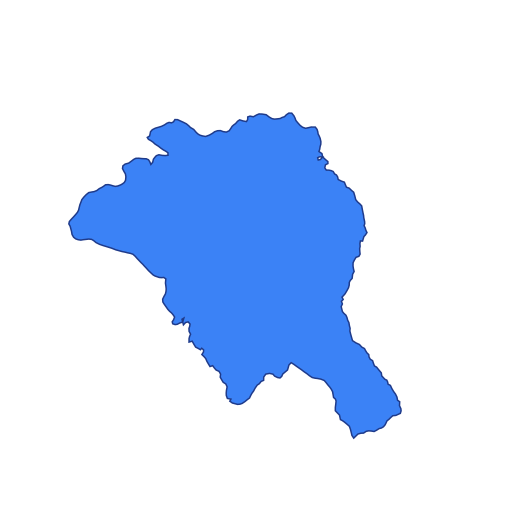 Jequitaí, Minas Gerais, Brazil, rotated 109°
{"feature_id": "56859067B67502513716285", "entity_name": "Jequitaí", "entity_type": "district", "adm_level": 2, "iso_a3": "BRA", "parent_name": "Brazil", "parent_adm1": "Minas Gerais", "projection": "mercator", "projection_center": [-44.461, -17.201], "detail": "fine", "context": "isolated", "style": "filled", "palette": "blue", "viewbox_px": 512, "rotation_deg": 109, "n_neighbors": 0, "source": "geoboundaries", "source_scale": "gbopen_adm2", "svg_char_len": 5692}
<svg xmlns="http://www.w3.org/2000/svg" viewBox="0 0 512 512"><g transform="rotate(109 256 256)"><path d="M357.8,68.3L355.2,68.4L353.2,69.3L350.8,71.6L347.0,72.7L346.3,75.2L343.5,76.8L341.2,79.1L339.3,81.8L337.1,84.4L334.6,86.8L334.2,89.4L332.3,90.5L330.8,91.9L330.6,94.0L329.6,95.9L328.4,98.1L325.7,99.5L323.4,103.3L321.8,105.8L321.4,108.2L319.4,109.9L317.0,111.7L316.4,114.4L314.6,116.3L312.5,117.3L311.5,119.5L309.9,121.5L308.2,123.3L307.7,126.3L306.0,129.4L305.6,133.3L304.6,137.2L301.9,139.1L299.3,140.9L296.4,142.8L293.7,143.5L291.8,144.8L288.7,146.5L286.9,148.4L284.5,150.0L282.7,151.7L281.6,154.3L280.4,156.2L278.4,157.5L276.1,159.0L273.2,158.7L271.0,160.5L268.7,159.4L266.9,161.3L265.0,160.4L262.8,159.5L260.4,159.0L258.4,158.6L255.8,158.2L253.2,158.4L250.5,159.2L248.4,158.9L245.9,157.8L241.8,158.7L238.7,158.2L236.5,159.6L233.9,161.0L230.8,162.0L228.0,161.7L224.7,161.0L222.8,158.6L220.3,158.2L218.2,159.2L215.3,160.4L213.0,160.7L210.4,161.8L207.8,162.2L207.2,160.1L205.1,160.2L202.5,160.3L200.5,159.4L197.7,158.7L195.9,160.5L193.9,161.9L192.1,163.7L190.1,163.7L188.1,164.5L184.8,166.5L182.6,167.5L180.5,168.8L177.4,170.6L174.2,172.4L173.0,174.6L171.8,177.6L170.2,180.1L167.1,182.1L163.9,184.4L162.9,187.0L161.5,190.0L161.5,192.9L159.5,194.7L157.4,196.5L157.4,199.6L156.9,203.2L154.6,204.6L153.2,206.3L152.8,208.4L151.0,210.5L150.8,212.8L151.1,215.1L151.9,217.5L150.2,219.7L147.1,220.0L145.2,218.1L143.3,218.8L142.2,221.7L140.6,225.2L137.7,227.0L136.7,230.5L134.6,230.5L131.7,231.0L129.3,231.1L126.7,231.9L123.8,233.7L122.0,235.3L120.4,237.0L118.3,238.1L116.4,239.5L114.8,241.9L116.1,245.8L117.8,248.5L119.1,250.7L119.1,253.9L118.1,256.9L116.3,260.1L114.8,262.5L113.0,263.9L111.1,265.8L109.3,268.7L110.2,271.5L112.6,273.3L115.0,274.4L116.6,276.5L118.1,277.9L119.4,280.5L120.6,283.2L120.9,285.7L120.3,288.8L119.1,292.4L119.8,296.4L120.7,299.4L122.5,301.4L125.2,303.8L125.7,307.2L127.2,309.1L129.6,308.3L132.0,308.8L132.5,312.1L132.6,315.8L134.6,317.3L137.4,318.4L139.4,319.8L141.2,320.8L143.4,321.3L146.3,322.1L148.5,324.4L149.1,327.6L149.0,330.4L150.1,333.2L152.0,335.6L154.3,337.2L156.9,339.5L159.4,342.6L159.9,345.8L160.0,348.6L159.4,351.0L158.4,353.1L156.6,356.1L155.8,359.9L154.8,361.9L153.7,364.8L153.2,368.4L152.9,371.7L152.6,374.5L153.4,377.1L156.0,377.7L157.6,379.2L158.0,381.7L159.5,383.5L161.8,385.2L164.2,387.6L166.0,390.1L167.9,392.8L170.4,395.2L172.9,396.2L174.9,395.9L177.2,395.7L179.3,397.4L180.7,395.7L181.2,392.9L181.9,390.4L182.9,388.3L183.5,386.0L184.0,383.9L185.1,380.8L185.9,377.9L186.2,375.9L187.0,372.9L189.4,372.0L190.6,374.5L191.4,377.4L191.9,380.8L193.6,382.9L195.7,383.8L197.9,384.5L201.0,384.2L203.7,385.2L201.4,387.2L200.0,389.0L199.8,391.4L200.5,393.7L201.1,395.9L201.7,398.6L202.8,401.5L204.6,403.2L206.6,404.5L209.6,406.6L211.7,409.7L214.1,411.2L216.8,410.7L219.2,408.2L220.9,406.2L223.5,404.8L226.9,404.0L229.4,404.5L231.2,405.7L232.8,407.1L234.8,409.5L236.0,411.7L236.2,413.9L236.3,416.6L236.6,419.0L237.7,421.5L239.8,422.9L241.4,424.2L243.3,426.1L245.9,427.8L247.8,430.0L249.1,432.4L250.5,434.8L253.2,436.5L256.2,437.9L259.3,439.0L262.3,439.1L264.9,439.2L267.2,439.0L270.4,438.7L272.7,439.0L274.9,439.8L278.1,441.1L281.4,442.6L284.1,443.7L286.6,443.4L288.4,441.4L290.5,440.0L292.7,438.5L295.6,436.9L297.6,434.6L298.5,432.1L298.5,429.5L298.0,426.8L296.8,424.6L295.8,422.5L294.4,419.6L293.8,416.8L294.3,414.5L295.4,411.6L295.9,407.8L295.9,403.9L295.8,401.1L295.7,398.1L295.6,395.1L295.7,392.9L295.8,390.4L295.6,387.5L295.4,384.0L295.0,381.2L294.8,378.5L294.4,375.7L294.4,372.9L295.6,370.1L297.2,367.3L298.6,364.6L299.7,362.5L300.7,360.3L301.8,358.4L303.1,355.9L304.8,352.9L306.3,349.6L307.4,347.1L307.8,345.0L307.8,342.7L307.8,340.5L307.2,338.2L306.3,336.2L307.0,333.8L311.1,332.8L314.0,331.3L316.4,330.2L318.6,329.6L321.3,329.3L323.9,329.8L327.2,330.2L329.8,329.1L331.6,326.9L333.3,324.5L335.2,321.9L336.4,319.7L337.3,317.4L338.4,315.5L340.2,313.1L343.3,313.2L345.5,313.8L347.2,312.7L347.2,310.1L346.2,308.2L344.2,306.3L342.3,303.8L344.7,302.2L341.8,300.9L340.4,298.7L341.8,296.2L344.1,295.8L346.3,295.8L349.1,294.7L351.2,292.4L353.7,292.6L355.9,292.4L359.2,291.3L357.3,288.6L359.9,285.7L361.8,283.4L362.2,280.6L362.7,278.0L360.9,277.3L361.8,275.0L363.9,274.4L366.8,275.1L368.0,272.5L369.3,270.2L371.6,268.1L373.6,265.8L375.5,263.5L373.8,261.3L375.5,258.8L376.8,256.6L377.1,253.4L379.2,251.0L382.2,250.4L384.1,248.3L386.1,245.9L386.8,242.9L389.1,240.7L392.7,240.2L395.1,239.6L397.5,238.7L400.0,236.7L399.5,233.1L401.8,233.5L402.7,230.5L402.5,227.8L402.3,225.1L401.3,222.9L399.9,221.1L397.3,219.1L394.7,217.5L392.4,215.9L389.7,215.6L387.3,215.2L384.4,214.3L381.6,213.9L379.7,213.4L377.6,212.8L375.7,211.3L372.9,210.3L371.1,208.3L367.9,209.3L364.5,208.3L362.6,205.0L362.2,201.5L363.5,199.3L363.9,196.0L363.5,193.6L361.5,192.5L358.9,192.3L355.9,190.5L353.5,189.1L351.2,189.2L348.4,189.4L345.4,188.0L346.1,185.0L347.0,182.1L348.0,178.6L348.7,176.1L349.8,172.8L350.8,169.2L351.8,166.5L352.6,163.3L352.3,160.3L351.8,158.1L351.3,154.6L351.5,150.9L352.9,148.5L354.6,145.9L356.1,143.3L357.6,141.3L359.4,139.4L362.3,137.8L364.5,136.6L365.4,134.4L367.0,133.1L369.9,132.4L373.3,131.7L376.5,130.6L378.0,127.7L379.2,125.3L381.0,124.2L383.2,122.9L383.5,120.8L384.2,118.4L385.3,115.5L386.6,112.3L389.1,110.3L392.0,108.4L394.4,106.9L396.4,104.3L393.8,103.0L391.1,101.6L389.4,99.1L388.4,96.6L385.9,94.7L384.6,92.5L383.9,89.7L383.5,87.2L381.5,85.3L379.1,83.4L377.8,81.4L376.0,79.9L373.7,79.0L371.6,78.7L369.3,78.5L367.1,77.1L365.0,76.1L362.5,74.7L361.2,71.9L359.4,70.0L357.8,68.3ZM140.6,225.2L143.8,226.5L145.0,228.4L143.0,229.7L141.5,228.2L140.6,225.2ZM342.3,303.8L339.9,305.4L338.2,304.0L342.3,303.8Z" fill="#3b82f6" stroke="#1e3a8a" stroke-width="1.5"/></g></svg>